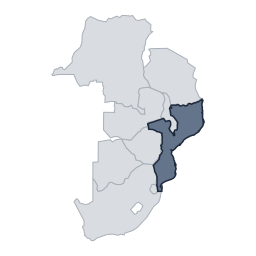 Mozambique and the surrounding countries
{"feature_id": "MOZ", "entity_name": "Mozambique", "entity_type": "country or territory", "adm_level": 0, "iso_a3": "MOZ", "parent_name": "Africa", "parent_adm1": "", "projection": "mercator", "projection_center": [35.316, -18.663], "detail": "fine", "context": "with_neighbors", "style": "filled", "palette": "slate", "viewbox_px": 256, "rotation_deg": 0, "n_neighbors": 8, "source": "natural_earth", "source_scale": "50m", "svg_char_len": 9794}
<svg xmlns="http://www.w3.org/2000/svg" viewBox="0 0 256 256"><path d="M167.2,48.3L187.4,59.7L187.7,62.8L195.3,68.1L192.9,74.7L193.2,77.7L196.6,79.7L195.3,84.3L195.3,88.5L199.3,97.2L201.3,98.3L197.0,101.5L191.2,103.6L188.0,103.5L186.2,105.1L181.1,105.9L174.7,104.4L170.7,104.9L169.2,97.5L166.4,93.5L161.1,92.5L150.4,87.7L147.6,81.0L144.5,78.0L143.4,74.9L144.0,72.1L143.0,67.2L145.2,66.9L150.5,61.1L149.0,56.1L150.5,55.4L150.8,52.3L148.7,49.3L150.6,48.7L167.2,48.3Z" fill="#d9dde1" stroke="#a8b0b8" stroke-width="1"/><path d="M142.7,60.8L144.0,72.1L143.4,74.9L144.5,78.0L147.6,81.0L150.4,87.7L148.3,87.2L139.8,88.7L138.3,92.1L139.5,94.5L137.9,106.3L143.0,109.4L144.5,108.4L144.9,114.3L140.8,114.2L136.7,108.9L132.6,108.2L131.5,105.3L128.2,107.0L124.0,106.3L122.2,103.8L116.3,103.5L116.0,101.8L111.8,101.3L104.9,102.5L105.2,96.1L103.4,94.1L103.0,90.8L103.8,87.5L102.7,85.5L102.6,82.1L96.2,82.1L96.6,80.2L93.9,80.2L93.6,81.2L90.3,81.4L88.2,85.8L85.3,85.1L80.0,86.3L76.8,81.7L73.9,74.5L58.3,74.5L52.7,75.7L51.9,74.1L53.3,73.5L54.3,69.8L56.3,68.7L57.7,69.2L59.5,67.2L62.4,67.3L62.7,68.8L64.7,69.7L72.2,62.1L72.1,57.7L74.4,52.5L80.3,47.2L80.9,45.5L81.9,41.8L82.3,34.0L84.9,27.9L85.7,21.0L87.8,18.3L90.6,16.6L98.4,20.3L106.2,21.9L108.5,18.3L110.9,18.8L116.8,16.1L118.9,17.3L120.7,17.1L121.4,15.8L123.4,15.4L130.8,16.0L132.6,15.5L135.8,19.9L138.2,20.5L145.0,18.9L146.3,21.1L150.9,24.7L150.6,30.9L152.7,31.6L149.0,34.9L145.8,40.1L145.5,44.4L144.3,46.4L144.3,50.4L142.7,51.9L141.3,58.4L142.7,60.8Z" fill="#d9dde1" stroke="#a8b0b8" stroke-width="1"/><path d="M74.0,201.7L76.6,198.7L78.7,200.3L79.6,202.9L85.3,204.5L88.1,204.1L92.9,201.0L92.9,179.0L94.3,179.9L97.5,185.5L97.0,189.1L98.2,191.2L102.0,190.6L107.1,186.2L108.4,183.3L111.0,182.0L115.8,184.3L120.1,184.6L123.5,183.3L125.0,178.6L127.9,178.2L131.2,172.1L136.0,167.8L143.5,163.6L152.8,164.5L156.8,176.7L155.8,183.2L156.3,185.4L153.6,184.3L152.0,184.7L150.1,188.6L150.1,190.7L153.3,193.9L156.4,193.3L157.5,190.6L161.5,190.7L159.6,200.0L158.2,202.7L153.5,206.7L146.8,217.4L137.1,227.6L133.0,230.4L124.8,233.2L124.1,235.0L120.9,234.1L118.3,235.3L112.5,234.1L107.1,234.5L97.1,238.0L93.8,240.5L91.4,240.6L89.2,238.3L87.4,238.2L85.1,235.4L84.8,236.2L84.1,230.8L82.4,226.6L84.1,225.4L84.0,220.6L74.0,201.7ZM142.9,205.8L138.8,202.1L136.3,203.3L130.6,209.6L134.6,214.3L136.5,213.7L137.4,211.7L140.4,210.8L142.9,205.8Z" fill="#d9dde1" stroke="#a8b0b8" stroke-width="1"/><path d="M152.8,164.5L143.5,163.6L140.1,161.0L136.0,160.1L134.4,154.5L132.2,153.9L126.1,147.7L121.4,139.0L130.8,140.1L138.4,131.9L140.3,131.5L140.9,129.6L143.9,127.4L148.0,126.6L148.3,128.7L152.7,128.6L156.3,131.1L158.9,131.5L161.6,133.3L160.6,153.4L158.4,158.0L152.8,164.5Z" fill="#d9dde1" stroke="#a8b0b8" stroke-width="1"/><path d="M143.5,163.6L136.0,167.8L131.2,172.1L127.9,178.2L125.0,178.6L123.5,183.3L120.1,184.6L115.8,184.3L111.0,182.0L108.4,183.3L107.1,186.2L102.0,190.6L98.2,191.2L97.0,189.1L97.5,185.5L94.3,179.9L92.9,179.0L92.9,162.2L98.1,162.0L98.3,141.8L110.4,139.7L112.4,142.0L115.8,139.8L121.4,139.0L126.1,147.7L132.2,153.9L134.4,154.5L136.0,160.1L140.1,161.0L143.5,163.6Z" fill="#d9dde1" stroke="#a8b0b8" stroke-width="1"/><path d="M148.3,87.2L161.1,92.5L163.7,94.9L165.0,99.5L163.0,105.3L164.1,109.8L162.4,111.7L160.8,116.8L163.6,118.2L147.5,122.7L148.0,126.6L143.9,127.4L140.9,129.6L140.3,131.5L138.4,131.9L130.8,140.1L121.4,139.0L118.3,136.8L114.8,136.5L110.5,137.8L103.5,129.8L103.7,112.3L114.7,112.4L114.3,110.5L115.1,108.5L114.2,105.9L114.8,103.3L114.2,101.6L116.0,101.8L116.3,103.5L122.2,103.8L124.0,106.3L128.2,107.0L131.5,105.3L132.6,108.2L136.7,108.9L140.8,114.2L144.9,114.3L144.5,108.4L143.0,109.4L137.9,106.3L139.5,94.5L138.3,92.1L139.8,88.7L141.2,88.1L148.3,87.2Z" fill="#d9dde1" stroke="#a8b0b8" stroke-width="1"/><path d="M161.1,92.5L166.4,93.5L169.2,97.5L170.7,104.9L169.2,109.0L170.7,116.1L172.5,116.0L174.5,117.7L176.7,121.7L177.1,128.8L174.8,129.9L173.2,133.8L169.8,130.3L169.4,126.5L170.5,123.9L170.2,121.7L168.1,120.3L166.6,120.8L160.8,116.8L162.4,111.7L164.1,109.8L163.0,105.3L165.0,99.5L163.7,94.9L161.1,92.5Z" fill="#d9dde1" stroke="#a8b0b8" stroke-width="1"/><path d="M157.5,190.6L156.4,193.3L153.3,193.9L150.1,190.7L150.1,188.6L152.0,184.7L153.6,184.3L156.3,185.4L157.5,190.6Z" fill="#d9dde1" stroke="#a8b0b8" stroke-width="1"/><path d="M153.3,165.3L154.1,164.7L154.8,163.9L155.7,162.9L156.5,162.1L157.2,161.3L158.2,160.3L159.1,159.2L159.3,159.1L159.0,158.1L159.6,157.0L159.7,156.4L159.7,155.7L159.7,155.4L159.9,155.1L160.7,154.6L161.3,153.7L161.7,152.9L162.4,151.6L162.5,151.3L162.5,151.0L162.3,150.5L161.8,149.8L161.5,149.2L161.2,148.2L161.5,147.4L161.6,146.9L161.6,146.6L161.5,146.4L161.2,146.2L160.9,146.0L160.8,145.7L160.8,145.3L161.0,145.1L161.7,144.7L161.8,144.5L161.9,144.3L161.9,144.0L162.1,143.2L162.4,142.4L162.4,142.2L162.2,141.5L162.2,140.9L162.2,139.1L162.3,137.3L162.3,136.3L161.8,135.1L161.8,134.2L162.1,133.6L162.1,133.3L161.9,133.2L161.4,133.2L161.1,133.1L160.5,132.6L159.5,132.2L158.4,131.8L156.8,131.7L155.5,130.5L154.4,130.3L154.1,130.2L153.1,129.5L151.5,129.4L149.8,129.3L148.8,129.3L148.7,129.2L148.6,128.2L148.6,127.4L148.5,126.6L148.4,125.8L148.1,125.4L147.8,124.8L147.7,124.2L147.7,123.9L148.9,123.3L149.4,123.1L150.1,122.8L151.4,122.5L152.5,122.2L153.6,121.8L154.7,121.5L155.1,121.3L155.7,121.1L157.0,120.6L157.4,120.5L158.2,120.2L158.6,120.1L160.1,119.6L161.8,119.0L162.4,118.8L163.5,118.4L163.7,118.6L164.5,119.9L165.1,120.7L165.8,121.5L165.9,121.4L166.1,121.3L166.5,121.2L167.6,121.0L168.0,121.0L168.3,120.8L168.8,120.7L169.5,120.6L170.4,121.6L170.5,122.3L170.7,123.4L170.7,123.9L170.7,124.6L170.6,125.5L170.0,126.5L169.9,126.9L169.6,127.7L169.2,128.1L169.0,128.4L169.1,128.7L169.3,129.0L169.7,129.5L169.9,129.8L169.8,130.1L169.8,130.4L169.9,130.7L170.1,130.9L170.5,131.1L171.0,131.7L171.8,132.5L172.7,133.5L173.1,133.9L173.5,133.9L173.6,134.3L173.5,134.7L173.3,135.0L173.4,135.3L173.5,135.5L174.1,135.6L174.5,135.5L174.6,135.4L174.5,133.8L174.3,132.9L174.0,132.5L173.9,132.4L174.0,132.1L174.3,131.4L174.6,130.7L174.8,130.4L174.9,130.2L176.2,130.0L176.8,129.9L177.0,129.7L177.2,129.1L177.4,127.6L177.4,126.1L177.3,125.3L177.5,124.0L177.8,123.2L177.6,123.1L177.5,122.0L176.7,120.9L175.6,119.4L175.0,118.7L174.4,117.8L173.1,116.4L172.5,115.9L172.2,115.7L171.2,115.5L171.0,115.3L170.7,114.9L170.6,114.1L170.6,113.5L170.5,112.5L170.3,111.1L170.2,110.7L169.9,109.6L169.6,108.6L169.6,108.3L169.7,108.1L170.2,107.4L170.5,106.8L170.7,106.6L171.0,105.8L171.0,105.4L171.2,105.2L172.1,105.2L172.8,105.2L174.0,105.1L175.3,105.2L175.7,105.3L176.0,105.3L176.4,105.2L176.8,104.9L177.2,104.5L177.9,104.5L178.8,104.9L179.3,105.3L179.4,105.7L180.0,105.9L181.1,105.9L181.9,105.7L182.4,105.3L183.0,105.1L183.5,105.1L184.0,105.2L184.3,105.5L184.8,105.8L185.6,105.9L186.5,105.7L187.5,105.2L188.1,104.6L188.2,104.1L188.4,103.7L188.5,103.6L189.1,103.6L189.9,103.5L190.6,103.7L191.6,104.3L192.2,103.9L193.2,103.3L194.2,102.9L195.2,102.9L196.0,102.7L196.6,102.2L197.3,101.9L198.0,101.8L198.6,101.6L199.5,101.1L200.5,100.3L201.4,99.6L202.0,99.1L202.3,99.7L202.8,100.2L202.5,100.5L202.2,100.8L202.7,101.1L202.3,101.7L202.3,102.0L202.5,102.4L202.2,103.0L201.8,103.5L201.7,103.8L202.0,104.5L201.9,105.6L202.2,106.6L202.3,107.1L202.4,107.5L202.2,108.1L202.3,109.2L202.4,109.6L202.2,110.1L202.5,110.3L202.7,110.9L202.6,111.6L202.5,111.9L202.0,112.4L201.9,112.5L201.9,112.8L202.6,112.8L202.6,113.2L202.6,113.5L202.6,114.1L202.5,114.5L202.7,114.9L202.5,115.4L202.5,115.8L202.5,116.3L202.7,117.5L202.7,119.0L202.8,119.3L203.0,119.4L203.4,119.5L203.4,119.9L203.0,120.5L202.9,120.8L203.0,121.3L203.4,120.6L203.7,120.7L203.9,120.9L203.9,121.3L204.0,121.5L203.9,121.8L204.1,122.3L204.0,122.7L203.7,123.0L203.3,123.4L203.2,123.9L203.3,124.2L203.0,124.3L202.9,124.5L203.0,124.9L203.0,125.3L202.5,126.4L201.2,128.0L200.7,128.6L200.2,129.2L200.2,129.5L199.5,130.6L198.8,130.7L198.5,131.0L198.8,131.7L198.3,131.9L197.6,132.5L195.6,133.7L195.2,134.0L194.7,134.7L194.0,134.9L193.7,135.1L193.0,135.2L192.7,135.1L192.3,135.3L191.0,135.8L189.7,136.2L189.4,136.4L189.2,136.7L188.1,137.1L186.4,138.0L185.0,139.0L183.9,139.9L183.7,140.1L183.3,140.4L183.2,140.9L183.1,141.2L182.4,142.2L181.2,143.3L181.0,143.7L180.5,144.3L180.5,144.7L180.1,144.9L179.7,144.5L179.6,145.3L179.3,145.3L179.0,145.1L178.2,145.5L177.6,146.0L176.5,147.0L175.0,148.8L172.8,150.6L172.5,150.7L172.3,150.6L171.6,150.0L171.2,150.0L171.5,150.3L171.7,150.7L171.7,151.3L171.7,152.2L171.4,153.9L171.5,154.3L171.8,154.8L172.4,155.5L172.9,156.2L173.7,158.4L173.7,159.6L174.5,161.0L174.5,161.7L174.8,163.2L174.8,164.5L174.7,165.3L175.1,165.6L175.2,165.3L175.2,164.8L175.3,164.1L175.5,163.7L175.7,164.1L175.9,164.5L175.9,164.8L175.9,165.2L175.6,166.8L175.7,167.5L176.1,168.6L175.7,169.8L175.0,172.9L175.0,173.4L175.2,173.6L175.5,173.7L175.6,173.3L175.8,173.3L175.9,173.5L175.6,174.9L175.4,175.6L174.4,177.1L173.9,177.7L173.0,178.4L171.0,179.4L166.9,180.8L165.2,181.5L164.3,181.9L162.2,183.3L161.3,184.2L161.0,185.2L160.6,185.7L160.3,186.3L160.6,186.8L160.9,187.2L161.2,187.5L161.4,187.7L161.6,187.9L161.9,187.0L162.0,186.8L162.1,187.8L161.8,191.2L161.8,191.3L161.2,191.3L160.2,191.3L159.7,191.4L159.0,191.4L158.2,191.2L157.7,191.3L157.7,189.4L157.5,188.9L157.4,188.3L157.3,187.9L157.4,187.5L157.5,186.9L157.4,186.4L157.0,186.1L156.8,186.0L156.7,185.6L156.7,184.9L157.0,184.1L157.0,182.5L157.0,181.9L157.0,180.8L157.0,179.5L157.0,178.3L157.0,177.2L156.9,176.8L156.9,176.5L156.6,175.9L156.4,174.8L156.1,173.9L155.7,173.4L155.5,173.1L155.4,172.7L155.0,172.0L154.7,171.6L154.6,171.2L154.6,170.4L154.3,168.9L154.0,167.8L153.7,166.6L153.4,165.8L153.4,165.6L153.3,165.3ZM171.6,108.1L171.7,107.9L171.7,107.6L171.3,107.5L171.2,108.0L171.4,108.1L171.6,108.1ZM171.1,107.5L171.0,107.4L170.9,107.3L170.7,107.4L170.6,107.6L170.8,107.8L171.0,107.8L171.1,107.5Z" fill="#64748b" stroke="#1e293b" stroke-width="1.5"/></svg>